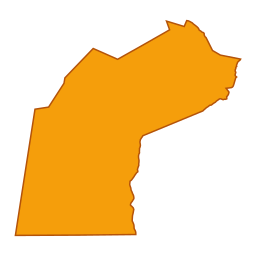 the district of Canto do Buriti, Piauí, Brazil
{"feature_id": "56859067B86089589706216", "entity_name": "Canto do Buriti", "entity_type": "district", "adm_level": 2, "iso_a3": "BRA", "parent_name": "Brazil", "parent_adm1": "Piauí", "projection": "mercator", "projection_center": [-43.146, -8.333], "detail": "fine", "context": "isolated", "style": "filled", "palette": "amber", "viewbox_px": 256, "rotation_deg": 0, "n_neighbors": 0, "source": "geoboundaries", "source_scale": "gbopen_adm2", "svg_char_len": 2095}
<svg xmlns="http://www.w3.org/2000/svg" viewBox="0 0 256 256"><path d="M20.9,199.7L16.0,231.5L15.4,235.4L78.7,235.1L135.8,234.5L135.8,233.0L135.7,232.1L135.4,231.0L134.4,229.1L134.1,228.3L134.0,226.1L133.9,225.2L133.7,224.3L132.8,222.1L132.3,221.2L132.2,220.0L132.5,215.6L133.1,213.1L133.8,209.4L133.2,207.8L132.7,207.3L131.9,206.4L130.5,205.3L130.5,204.3L131.1,202.7L131.8,201.9L132.4,201.1L133.0,200.0L133.7,199.0L133.9,198.2L133.8,197.2L133.6,195.9L133.2,194.8L132.7,193.9L131.8,191.5L131.3,190.6L131.0,189.6L130.8,188.0L129.8,185.1L129.7,184.1L129.9,182.7L129.9,181.8L130.2,181.0L131.2,180.3L132.0,179.4L132.8,178.3L133.7,177.1L134.6,175.6L136.7,172.6L137.8,171.8L137.8,170.9L137.4,169.9L137.8,168.0L138.8,165.4L138.7,163.8L138.9,162.7L139.0,161.3L139.0,160.1L138.6,158.3L138.5,157.0L138.5,155.8L138.9,154.0L139.5,152.9L139.4,151.0L139.5,150.1L139.5,148.4L139.9,147.5L140.2,146.5L140.4,145.4L140.3,144.4L139.9,141.9L140.2,140.8L140.3,139.8L140.8,139.0L141.4,138.0L142.4,136.6L142.9,135.7L202.9,110.9L203.7,110.1L204.6,109.2L205.4,108.7L206.1,107.9L206.8,107.4L208.1,106.6L209.7,105.3L211.4,105.0L212.3,104.3L213.4,103.4L215.4,102.2L216.5,101.0L217.6,100.3L219.5,98.9L220.8,98.8L221.8,99.2L223.1,99.7L224.5,99.2L225.6,99.3L226.8,98.8L226.7,96.5L227.4,96.0L228.0,95.1L228.6,93.9L228.8,92.9L229.0,92.1L226.1,88.3L228.5,88.0L231.4,87.6L232.4,87.1L233.0,86.4L233.4,85.6L233.8,84.4L235.8,77.6L236.6,77.0L236.0,76.5L235.2,75.6L235.2,74.2L235.6,73.2L235.8,72.2L235.2,71.2L235.2,69.9L235.8,68.6L235.8,67.3L236.7,66.5L236.5,65.1L237.1,63.7L237.6,62.3L238.5,61.3L239.3,60.7L240.2,59.9L240.6,59.1L220.4,55.1L212.5,50.5L209.8,45.1L206.0,37.5L205.1,36.8L204.4,35.5L204.2,34.6L204.1,33.3L203.2,32.5L202.3,32.3L200.7,31.0L199.8,30.5L199.1,29.9L198.7,28.8L198.2,28.0L196.8,26.6L195.4,25.5L193.4,24.0L192.3,22.9L189.6,21.4L188.2,20.8L186.7,20.6L184.2,26.5L166.5,21.1L169.6,29.8L164.6,32.7L134.0,50.1L131.8,51.3L117.6,59.3L103.2,52.9L93.2,48.5L71.9,70.6L69.7,72.9L64.9,77.9L64.0,83.3L48.6,107.1L35.0,109.2L27.1,159.8L23.1,185.6L22.4,190.0L20.9,199.7Z" fill="#f59e0b" stroke="#b45309" stroke-width="1.5"/></svg>